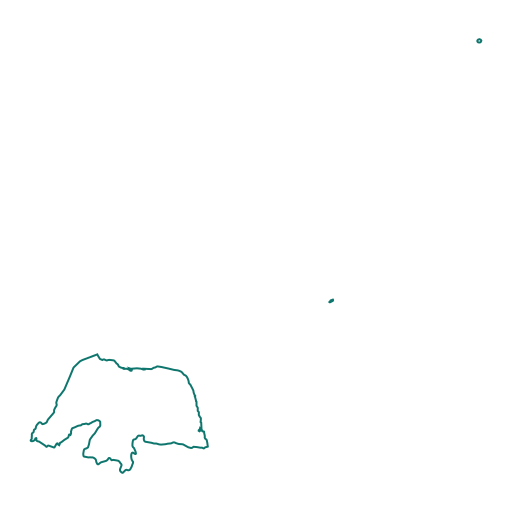 SVG path tracing the border of Rio Grande do Norte
{"feature_id": "BRA-628", "entity_name": "Rio Grande do Norte", "entity_type": "State", "adm_level": 1, "iso_a3": "BRA", "parent_name": "Brazil", "parent_adm1": "", "projection": "robinson", "projection_center": [-36.505, -3.043], "detail": "fine", "context": "isolated", "style": "outline", "palette": "teal", "viewbox_px": 512, "rotation_deg": 0, "n_neighbors": 0, "source": "natural_earth", "source_scale": "10m", "svg_char_len": 5811}
<svg xmlns="http://www.w3.org/2000/svg" viewBox="0 0 512 512"><path d="M97.3,354.4L97.6,355.1L99.9,358.9L102.3,360.0L103.2,359.5L104.1,359.4L104.8,359.7L106.4,360.4L107.0,360.4L108.3,360.0L109.7,359.9L113.8,360.4L114.6,361.0L116.2,363.0L116.4,363.4L116.9,363.7L117.6,364.2L118.1,364.9L118.3,365.5L119.0,366.6L120.7,367.5L122.5,368.0L123.6,368.0L123.6,368.8L124.3,368.9L126.3,368.7L127.9,369.1L128.8,369.5L130.2,370.6L131.0,370.8L131.6,370.6L131.9,369.6L131.5,369.4L129.7,368.9L129.3,368.3L130.9,368.8L136.9,368.3L140.9,368.7L142.9,369.4L143.8,369.6L144.9,369.4L144.9,369.1L143.2,369.1L143.2,368.7L151.1,369.1L151.9,368.9L153.6,367.8L155.4,367.4L156.7,366.6L157.6,366.4L161.4,367.0L168.7,368.6L174.0,369.9L177.8,370.4L179.4,370.9L181.2,371.7L182.1,372.5L183.9,374.7L184.7,375.1L185.6,375.5L186.4,376.3L187.1,377.3L188.0,379.2L188.4,380.4L188.7,381.6L188.8,382.9L189.1,383.4L190.5,384.9L193.3,390.4L193.7,392.7L194.1,393.9L194.6,395.0L195.2,395.9L194.8,396.3L195.0,396.8L196.0,400.6L196.0,401.2L196.5,401.8L196.5,405.7L196.9,406.4L197.3,407.0L197.7,407.7L197.8,408.9L197.7,409.8L197.7,410.3L197.8,411.0L198.7,412.0L198.8,412.1L198.9,412.7L198.8,414.6L198.9,415.2L199.4,415.9L199.5,416.4L199.7,416.7L200.5,417.6L200.8,418.1L200.9,418.7L200.8,420.4L200.6,421.6L200.6,422.1L201.0,422.3L201.2,422.6L201.5,429.1L200.1,428.0L199.9,429.0L198.7,430.3L198.7,430.8L199.5,431.3L200.2,430.7L200.8,429.9L201.3,429.5L201.8,429.8L202.2,431.1L202.6,431.4L203.6,431.4L204.0,431.6L204.1,431.9L204.2,433.2L204.7,435.4L204.8,436.4L204.7,437.3L204.8,437.8L205.1,438.5L205.5,438.9L206.2,439.4L206.5,439.7L206.8,440.5L207.3,442.8L207.8,446.6L207.6,446.7L205.4,447.3L204.8,447.6L204.1,448.3L203.6,448.4L203.1,448.2L202.1,447.7L200.4,447.7L197.0,447.1L193.5,446.8L192.3,447.7L191.6,447.9L191.1,448.0L188.3,447.3L184.5,445.2L183.3,444.5L181.9,444.2L178.7,444.0L175.9,443.1L174.7,442.5L174.1,442.4L173.4,442.4L172.7,442.6L171.5,443.2L170.9,443.4L167.7,443.7L165.5,444.2L161.1,444.6L159.2,444.4L156.2,443.5L155.2,443.5L154.5,443.5L153.9,443.5L151.5,442.8L145.2,441.7L144.3,440.9L144.0,440.2L143.8,439.1L143.8,438.3L143.9,437.6L144.0,437.0L143.8,436.4L143.3,435.7L142.3,435.3L141.0,435.7L140.4,435.8L139.9,435.8L139.3,435.6L138.8,435.6L138.3,435.8L137.8,436.1L136.3,438.3L135.5,439.1L134.0,439.5L133.5,439.7L133.1,440.2L132.8,441.3L132.5,443.3L132.4,445.4L132.6,446.4L132.9,447.0L134.0,448.1L134.2,448.5L135.5,451.5L135.9,453.2L135.9,453.7L135.5,454.0L135.0,453.9L134.5,453.7L133.7,453.1L133.3,452.8L132.9,452.6L132.4,452.7L132.0,452.9L131.7,453.4L131.4,454.1L131.2,455.1L131.2,455.8L131.2,457.0L131.4,458.2L131.6,459.3L131.8,459.9L132.1,460.3L132.3,460.8L132.6,461.2L132.9,461.6L133.1,462.1L133.0,462.8L132.8,463.5L132.3,464.7L131.6,466.8L131.3,467.3L130.3,469.2L129.9,469.6L129.5,470.0L128.7,470.2L128.1,470.3L126.5,469.8L125.7,470.0L125.4,470.2L122.9,472.7L122.4,472.8L121.7,472.5L120.7,471.6L120.2,470.9L120.0,470.2L120.0,469.6L120.1,469.0L121.5,465.5L121.5,464.9L121.4,464.3L120.9,463.7L120.3,463.0L119.5,461.8L119.0,461.3L118.3,460.8L116.5,460.4L113.3,459.9L112.7,460.0L112.2,460.1L111.6,460.2L111.1,459.7L110.3,458.6L109.9,458.2L109.4,458.0L109.0,458.0L108.8,458.1L108.4,458.5L107.7,459.6L107.2,460.1L106.7,460.5L106.2,460.8L105.7,461.0L101.4,462.2L100.9,462.4L100.4,462.7L98.8,464.0L98.2,464.3L97.6,464.2L97.1,463.7L96.4,462.2L96.0,460.4L95.8,459.7L95.4,459.1L94.5,458.3L93.8,457.9L93.1,457.6L92.6,457.4L92.0,457.4L90.9,457.4L90.4,457.3L89.8,457.3L88.7,457.4L88.2,457.4L85.4,456.8L84.6,456.7L84.2,456.6L83.8,456.4L83.5,455.9L83.4,455.3L83.3,454.7L83.3,453.4L83.8,450.5L84.0,449.9L84.2,449.4L84.7,449.1L85.3,448.7L86.5,448.4L88.0,447.4L89.0,444.2L89.7,440.4L89.8,439.9L90.3,439.0L92.7,435.6L94.8,433.4L97.9,428.3L98.6,427.5L99.8,426.6L100.3,425.3L100.2,421.8L100.0,421.5L99.7,421.2L99.3,420.9L98.9,420.6L98.3,420.3L96.8,420.1L96.2,420.3L94.6,421.2L92.7,421.9L90.6,423.2L89.5,423.6L89.0,424.1L88.2,424.3L87.7,424.2L86.8,423.7L86.3,423.6L85.8,423.6L84.5,424.0L83.0,424.1L82.5,424.2L82.0,424.4L81.5,424.9L81.1,425.2L80.6,425.4L78.9,425.6L77.8,425.9L74.6,427.4L72.9,428.0L72.4,428.2L72.0,428.6L71.7,429.3L71.5,429.9L71.3,430.6L71.0,431.5L71.1,433.1L71.0,433.6L70.6,434.6L70.4,435.0L70.0,434.8L69.7,434.6L69.3,434.5L69.0,434.8L68.8,435.6L68.6,436.4L68.3,437.1L67.9,437.7L64.6,439.7L61.2,442.3L60.6,442.6L60.4,442.6L60.1,442.8L59.9,443.2L59.8,443.8L59.2,445.2L58.2,444.6L58.0,444.2L57.8,443.8L57.6,443.4L57.2,443.4L56.7,443.7L56.3,444.2L54.7,447.0L54.4,447.4L54.0,447.5L48.6,445.6L48.1,445.6L47.7,445.8L47.2,446.4L46.6,446.8L46.3,446.7L46.0,446.5L45.0,445.5L39.1,441.6L38.2,441.4L37.4,441.2L36.8,440.8L36.3,440.1L36.3,439.4L36.4,438.4L36.2,438.1L35.8,438.2L35.4,438.4L34.8,439.9L33.6,440.8L32.8,441.1L32.2,441.2L31.6,441.2L31.2,441.1L30.8,440.8L30.7,440.3L30.9,439.9L31.2,439.6L31.5,439.2L31.7,438.7L31.8,438.0L31.7,437.2L31.9,435.7L31.8,434.6L31.9,433.9L32.1,433.3L32.5,433.0L33.3,432.4L33.6,432.0L33.7,431.5L33.9,430.3L34.1,429.7L35.4,428.9L35.6,428.5L35.8,427.8L35.9,427.0L36.3,425.9L36.9,424.9L38.1,423.5L38.9,422.7L39.6,422.3L40.1,422.3L40.6,422.5L41.0,422.7L42.0,423.8L42.4,424.1L43.1,424.0L44.0,423.8L45.7,423.0L46.5,422.4L47.0,421.7L47.2,421.2L47.5,420.4L48.0,419.5L53.5,413.1L54.1,412.2L54.1,411.6L54.1,410.4L54.2,409.8L54.4,409.3L55.4,407.4L56.5,405.7L56.7,404.8L56.3,403.0L56.3,402.7L56.5,401.7L58.0,397.6L58.9,396.4L59.5,395.9L60.4,394.9L64.0,390.0L64.4,389.4L69.9,376.5L73.4,367.9L73.8,367.3L79.9,361.4L80.5,361.0L82.5,360.0L97.3,354.4ZM478.2,39.6L479.5,39.2L480.7,39.7L481.3,40.6L481.1,41.3L480.7,42.0L480.1,42.4L479.1,42.5L478.1,42.3L477.6,41.8L477.3,41.0L477.5,40.3L478.2,39.6ZM332.3,299.8L332.9,299.6L333.1,300.0L333.0,300.6L332.5,301.1L331.8,301.3L330.5,302.1L329.8,302.3L329.4,302.0L329.7,301.6L330.2,301.2L330.5,300.9L330.7,300.4L331.2,300.2L331.8,300.0L332.3,299.8Z" fill="none" stroke="#0f766e" stroke-width="2"/></svg>